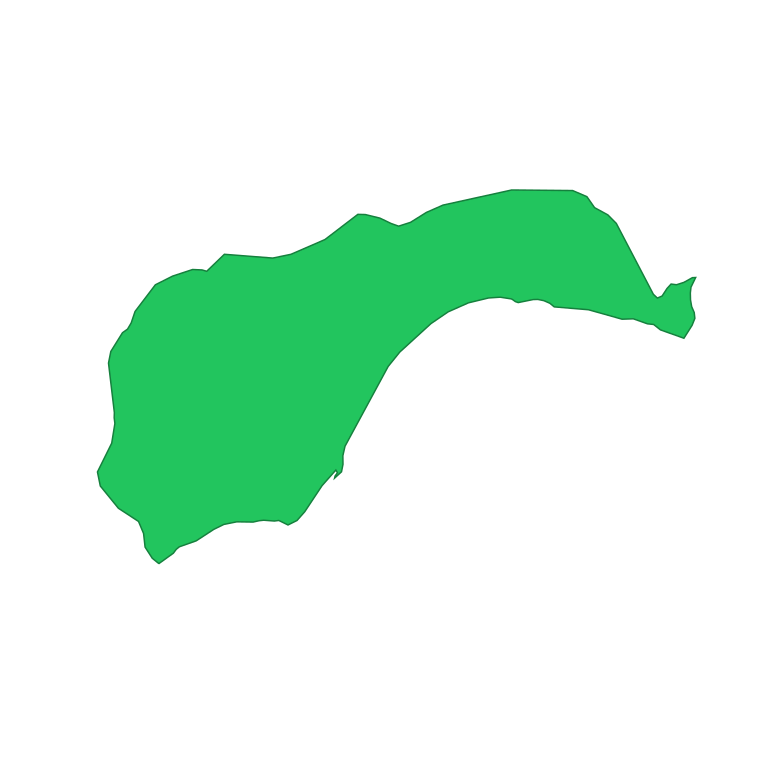 the border of Gilan, rotated 111°
{"feature_id": "IRN-3240", "entity_name": "Gilan", "entity_type": "Province", "adm_level": 1, "iso_a3": "IRN", "parent_name": "Iran", "parent_adm1": "", "projection": "robinson", "projection_center": [49.412, 37.503], "detail": "fine", "context": "isolated", "style": "filled", "palette": "green", "viewbox_px": 768, "rotation_deg": 111, "n_neighbors": 0, "source": "natural_earth", "source_scale": "10m", "svg_char_len": 1455}
<svg xmlns="http://www.w3.org/2000/svg" viewBox="0 0 768 768"><g transform="rotate(111 384 384)"><path d="M172.9,131.2L183.6,132.1L189.3,130.6L195.6,128.0L201.5,124.5L206.1,120.0L211.3,117.3L218.8,117.4L233.8,120.4L234.4,145.3L231.8,153.6L233.4,159.6L233.8,174.6L238.2,185.0L241.4,219.7L251.0,252.7L249.2,258.1L248.9,264.6L249.9,270.7L251.7,275.0L259.9,287.9L260.0,290.9L259.3,293.4L258.9,295.4L261.3,306.6L266.2,317.2L278.0,334.3L293.7,350.0L310.8,361.8L348.5,380.7L366.1,386.4L456.1,398.1L465.7,396.7L473.7,393.5L481.2,392.2L489.6,396.4L487.4,396.7L484.8,396.0L483.4,395.8L481.6,398.1L501.1,405.4L531.6,412.2L542.6,416.3L550.0,423.1L549.1,433.3L551.2,437.2L554.3,447.5L556.4,451.6L559.8,456.7L565.4,472.0L572.5,483.2L580.7,490.8L597.7,503.1L609.3,516.7L612.8,518.7L617.4,520.0L632.2,529.7L632.1,530.6L629.8,537.8L621.9,548.6L609.7,554.9L600.3,563.9L595.2,587.4L580.9,612.3L568.8,620.0L536.8,617.0L517.3,621.1L512.2,623.8L507.3,625.5L463.2,648.7L451.5,650.7L429.8,646.5L424.7,643.1L417.6,641.9L405.5,642.4L373.3,633.0L359.0,620.0L345.7,603.7L342.7,594.7L342.3,589.9L320.1,579.5L306.3,533.0L296.3,517.4L270.3,490.9L235.0,469.2L232.5,462.2L230.6,447.3L231.6,434.9L231.4,426.9L223.6,417.2L208.6,405.9L195.8,393.0L157.1,334.3L135.8,277.2L136.4,261.7L143.9,250.6L145.9,235.6L150.8,224.7L203.7,164.7L205.8,159.6L202.2,155.9L193.4,154.0L187.8,151.8L186.5,146.5L181.7,140.5L174.2,134.2L172.9,131.2Z" fill="#22c55e" stroke="#15803d" stroke-width="1.5"/></g></svg>